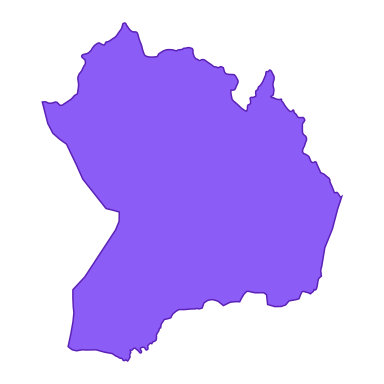 Xiengkhor, Houaphan, Laos
{"feature_id": "54806243B48324758526346", "entity_name": "Xiengkhor", "entity_type": "district", "adm_level": 2, "iso_a3": "LAO", "parent_name": "Laos", "parent_adm1": "Houaphan", "projection": "equal_earth", "projection_center": [104.199, 20.825], "detail": "fine", "context": "isolated", "style": "filled", "palette": "violet", "viewbox_px": 384, "rotation_deg": 0, "n_neighbors": 0, "source": "geoboundaries", "source_scale": "gbopen_adm2", "svg_char_len": 5874}
<svg xmlns="http://www.w3.org/2000/svg" viewBox="0 0 384 384"><path d="M68.1,346.6L70.4,348.5L72.3,349.8L76.5,350.8L82.4,349.8L86.6,350.0L96.1,349.8L104.6,352.2L112.3,353.6L113.3,354.4L114.2,354.9L115.1,355.6L115.9,356.1L116.9,356.5L117.7,356.8L119.6,358.0L120.2,358.2L121.0,358.3L121.5,358.3L121.9,358.5L122.3,359.0L122.8,359.6L123.2,360.4L124.1,360.6L124.7,360.5L125.5,360.1L125.9,359.9L126.3,360.0L127.4,361.0L127.7,360.9L128.1,360.5L129.8,357.6L130.0,357.0L130.0,356.4L129.8,355.5L129.7,354.9L129.9,354.2L130.3,353.5L130.7,352.8L130.8,352.2L130.6,351.7L130.2,350.8L130.1,350.3L130.6,350.1L131.2,350.2L131.9,350.1L132.4,349.8L133.7,348.4L134.4,348.1L135.1,348.2L138.4,350.9L139.0,351.6L139.5,352.4L140.0,352.8L140.5,353.0L141.1,352.8L141.4,352.4L141.5,351.9L141.5,351.4L141.3,350.9L140.8,350.2L140.5,349.6L140.4,349.0L140.4,348.5L140.6,348.2L140.9,347.8L142.0,347.4L143.0,347.2L143.8,347.3L144.5,347.7L144.9,348.1L145.6,349.4L146.1,349.9L146.5,350.0L146.9,349.9L147.4,349.6L147.9,349.0L148.0,348.4L148.0,347.9L147.8,347.0L147.7,346.3L147.8,345.8L148.0,345.4L148.6,344.8L149.2,344.1L149.8,343.5L150.3,343.3L151.0,343.3L151.8,343.7L152.0,343.5L152.4,342.3L152.6,342.1L154.1,341.4L154.8,341.2L155.4,340.7L156.0,340.2L156.3,339.6L156.4,339.1L156.5,336.9L156.4,335.1L156.7,334.1L157.0,333.6L157.9,332.3L158.3,331.5L158.8,330.8L159.0,330.2L159.1,329.3L159.3,328.7L159.7,328.2L160.2,327.9L160.6,327.9L161.3,323.9L164.3,319.5L168.0,318.7L170.8,317.8L172.5,314.3L175.7,311.5L178.8,309.6L184.0,309.6L187.6,309.3L190.4,309.0L195.4,308.9L196.9,308.4L199.1,308.9L202.1,308.1L203.2,305.1L204.0,302.9L207.7,300.4L210.7,299.8L212.4,299.6L215.7,300.4L218.3,301.4L223.4,305.6L230.3,302.2L236.3,301.6L239.7,301.8L241.8,297.7L244.2,293.9L246.8,291.4L248.9,291.4L252.2,292.2L255.0,292.8L263.6,292.7L266.5,294.6L267.1,299.8L267.6,304.5L274.9,306.6L281.2,306.5L285.7,304.9L289.0,300.9L295.8,299.7L299.0,298.8L300.8,294.1L302.1,291.7L303.8,291.4L306.0,292.2L307.7,292.5L310.6,293.8L311.4,292.9L312.0,292.4L312.9,291.8L313.2,291.5L314.1,289.6L314.5,290.1L315.4,289.9L316.0,289.5L316.5,288.7L316.8,287.5L317.2,286.1L317.4,284.6L317.7,283.0L317.8,281.8L318.1,280.5L318.4,279.3L319.0,278.3L319.8,277.5L321.4,276.1L320.7,270.3L321.8,265.9L324.8,247.8L332.4,229.0L337.6,209.2L340.6,200.2L341.7,196.6L341.0,197.2L339.9,196.4L338.9,194.7L337.7,193.0L336.7,192.4L335.4,192.7L334.6,192.7L334.2,192.3L333.6,190.5L332.1,186.7L330.7,183.6L330.0,182.0L329.8,179.7L328.9,178.1L327.0,176.7L324.3,174.3L322.4,173.4L320.6,172.6L320.0,171.1L318.3,167.4L316.6,163.5L316.4,162.6L315.7,161.8L315.0,161.8L313.8,162.5L312.4,162.5L311.5,162.1L310.6,160.8L309.7,158.4L309.0,156.7L307.5,155.4L305.9,154.5L304.7,153.9L303.6,153.5L302.9,152.6L302.6,151.5L302.6,150.4L303.2,148.3L304.4,146.0L305.2,143.5L305.8,141.7L306.5,140.3L306.5,139.2L306.5,138.2L306.2,137.3L305.6,136.2L304.4,135.3L303.3,134.2L302.6,132.7L302.4,130.6L302.4,126.9L302.4,124.4L302.7,123.4L304.0,121.7L304.8,120.2L304.1,118.4L303.1,117.5L299.1,117.6L298.3,117.4L297.5,116.6L296.7,115.2L295.9,114.1L295.2,113.5L294.7,113.1L294.1,112.3L293.9,111.1L293.5,110.1L293.1,110.0L292.1,111.0L290.8,111.5L289.7,111.2L287.4,108.9L285.1,105.9L282.8,102.2L281.7,101.0L281.4,100.6L281.5,100.1L281.6,99.7L281.4,99.2L280.8,99.2L279.5,99.5L277.5,99.4L275.1,98.6L273.7,97.8L272.6,97.7L271.7,97.5L270.9,96.8L270.8,96.5L271.1,96.2L272.5,95.7L273.3,94.7L273.8,91.3L273.9,89.1L273.2,86.5L272.9,84.7L273.4,81.8L274.1,79.3L274.1,76.7L273.4,75.1L272.2,72.9L271.3,71.0L270.1,70.1L269.4,70.1L268.4,71.6L266.5,71.6L266.2,71.8L265.9,72.9L265.7,74.8L264.4,77.9L262.9,81.5L261.0,84.5L259.4,86.3L258.5,86.9L258.3,87.4L257.7,89.6L256.1,90.6L255.8,91.5L255.6,93.0L255.9,94.8L255.9,95.6L255.7,96.2L254.2,97.0L252.3,97.5L251.5,97.3L250.8,97.5L250.2,97.9L250.1,98.7L250.4,100.0L250.6,102.6L250.6,103.4L249.9,104.1L248.7,104.7L248.0,105.0L247.5,106.3L247.4,108.2L247.3,109.6L246.8,110.7L246.4,111.1L245.1,110.7L242.8,109.2L241.0,107.8L237.7,104.6L235.0,102.2L233.7,101.3L232.1,99.3L231.5,96.4L230.9,93.4L230.9,90.6L231.2,90.0L232.5,90.2L234.3,89.9L235.3,88.8L236.6,85.6L237.9,82.9L238.1,81.1L237.6,79.7L236.7,78.1L235.5,76.0L234.3,74.8L232.6,74.5L230.1,74.5L226.8,74.1L225.3,73.1L224.5,71.8L223.3,67.7L221.9,67.0L221.0,66.6L220.0,66.9L218.2,67.8L216.3,67.0L214.9,66.8L214.1,66.8L211.9,65.1L209.6,63.5L207.8,62.3L204.5,59.9L202.7,59.5L201.2,59.9L199.9,60.5L198.7,60.3L197.4,59.3L196.0,58.9L194.2,56.8L193.5,54.6L193.0,53.1L193.0,51.1L192.8,49.4L192.1,48.5L191.0,48.1L189.3,47.6L187.3,47.7L185.6,48.2L184.0,48.2L182.1,49.4L179.2,49.8L177.8,50.0L176.5,50.9L175.2,50.6L173.4,50.0L171.6,49.7L167.9,49.6L165.7,50.0L163.2,51.0L159.5,53.3L158.5,54.1L158.0,55.5L157.0,56.6L155.1,56.9L152.0,57.1L149.3,57.0L147.1,56.5L145.1,55.7L144.1,54.1L143.2,51.6L142.4,49.0L141.6,45.6L140.8,43.4L140.1,41.8L138.8,38.0L137.9,34.5L137.3,33.0L136.6,32.3L135.7,31.9L133.1,31.9L131.1,31.0L129.7,29.6L127.7,26.9L126.4,24.9L125.8,23.5L125.1,23.1L124.2,23.0L123.0,23.6L122.6,24.8L121.6,28.5L119.8,31.0L118.6,32.6L117.2,34.8L115.5,36.9L112.3,39.0L109.9,40.7L107.7,41.8L106.3,41.9L105.7,42.4L105.2,43.6L104.5,44.8L103.1,44.9L101.4,44.1L99.2,42.9L97.7,43.2L94.7,45.3L93.8,46.3L92.4,48.1L91.1,50.4L89.0,52.4L87.3,53.5L84.5,54.2L82.5,54.8L81.9,55.5L81.7,56.1L81.7,56.8L82.5,57.7L84.9,59.8L85.3,61.2L85.4,62.9L85.1,64.4L84.0,65.9L82.8,68.3L81.8,70.6L80.7,72.1L79.8,73.2L79.2,74.0L78.6,75.3L78.1,76.6L77.8,78.7L78.6,84.2L78.5,86.4L77.8,91.4L77.4,93.7L77.0,94.1L74.4,95.6L71.3,99.1L63.0,104.6L62.3,105.1L61.8,105.3L60.6,105.3L59.8,105.1L58.2,103.5L57.1,102.4L56.3,102.1L54.8,102.1L52.8,102.9L51.4,103.1L50.0,103.3L47.9,102.9L46.0,101.9L44.1,101.8L42.3,102.0L47.8,123.5L52.9,133.3L59.9,139.4L66.5,144.1L76.4,164.8L82.8,179.1L106.0,208.5L113.6,210.4L119.3,212.0L119.1,221.5L115.6,229.9L84.8,276.9L72.9,289.7L72.9,298.1L73.3,307.3L73.9,312.5L73.0,321.7L70.8,334.0L68.1,346.6Z" fill="#8b5cf6" stroke="#5b21b6" stroke-width="1.5"/></svg>